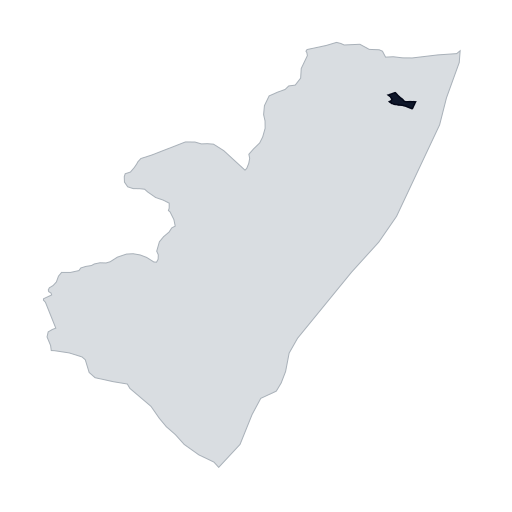 Whojah, Maryland, Liberia shown in context, rotated 267°
{"feature_id": "62588387B36010153941862", "entity_name": "Whojah", "entity_type": "district", "adm_level": 2, "iso_a3": "LBR", "parent_name": "Liberia", "parent_adm1": "Maryland", "projection": "orthographic", "projection_center": [-8.023, 4.944], "detail": "fine", "context": "in_parent", "style": "filled", "palette": "ink", "viewbox_px": 512, "rotation_deg": 267, "n_neighbors": 0, "source": "geoboundaries", "source_scale": "gbopen_adm2", "svg_char_len": 3600}
<svg xmlns="http://www.w3.org/2000/svg" viewBox="0 0 512 512"><g transform="rotate(267 256 256)"><path d="M46.9,207.7L52.4,203.2L60.4,188.5L71.6,174.4L81.9,166.1L90.2,157.5L98.9,151.0L111.3,143.3L130.4,123.1L134.9,120.8L138.0,106.7L142.9,88.9L148.4,83.3L161.3,80.1L164.3,77.0L169.0,64.4L172.0,49.8L172.3,46.6L177.4,46.2L186.1,43.1L191.1,44.5L193.3,48.8L194.4,52.3L220.8,43.3L223.1,41.4L224.5,41.7L227.8,49.9L229.7,49.4L231.3,47.1L233.0,46.8L235.1,48.0L237.1,51.8L240.5,55.3L246.2,57.7L249.8,61.0L249.3,69.9L250.7,78.4L253.2,80.4L254.5,85.5L255.1,91.2L256.5,94.1L257.4,99.8L256.9,105.9L257.9,110.1L262.1,117.5L264.7,126.8L264.7,133.4L263.1,140.4L260.3,146.7L255.4,153.6L255.0,156.3L257.9,158.1L262.3,158.5L266.0,157.1L275.3,160.3L280.2,164.8L284.5,170.5L288.4,173.3L290.1,176.9L296.7,175.9L304.5,172.5L306.0,170.9L308.3,171.8L313.3,172.1L316.8,166.0L319.6,158.9L325.6,151.2L328.5,148.3L329.3,143.4L329.7,137.0L331.8,131.5L336.7,128.5L342.1,128.6L345.0,129.7L346.4,135.0L350.7,139.1L354.3,141.8L356.3,143.0L359.4,146.2L362.2,156.9L373.6,191.5L373.0,201.0L370.8,207.3L370.7,213.4L369.9,219.4L362.9,229.3L342.3,249.5L343.9,251.3L348.8,253.6L353.8,254.8L358.0,254.2L363.1,259.2L368.7,265.6L374.5,268.9L383.0,271.8L390.4,272.1L396.8,271.0L405.7,272.3L415.2,277.5L418.5,286.2L420.8,293.8L424.1,297.6L424.6,304.1L431.3,309.9L440.9,311.0L453.4,317.8L456.6,317.4L457.9,316.6L459.5,317.8L462.6,337.3L465.1,347.6L463.8,351.8L462.1,355.1L462.0,370.8L456.4,379.9L455.5,389.8L453.9,393.0L447.8,395.8L447.8,403.5L446.2,412.7L445.6,422.4L447.3,448.0L447.6,467.0L450.3,470.6L438.6,469.1L404.0,454.5L377.3,446.2L288.2,398.4L263.4,379.3L235.0,350.7L171.7,293.2L157.3,284.0L139.1,279.5L127.9,274.5L120.0,269.2L113.6,253.3L97.9,243.8L68.7,230.2L46.9,207.7Z" fill="#d9dde1" stroke="#a8b0b8" stroke-width="1"/><path d="M401.6,423.4L401.6,422.8L401.9,421.6L401.8,420.9L401.9,419.8L402.1,417.9L402.1,416.9L402.1,416.4L402.1,415.1L402.1,414.5L402.3,413.6L402.3,413.0L402.7,412.3L403.5,411.5L404.3,411.0L405.0,410.3L405.6,409.7L405.9,409.1L406.2,408.9L406.4,408.5L406.5,408.4L406.7,408.2L407.1,407.9L407.9,407.1L408.9,406.1L410.3,405.0L411.1,404.3L411.7,403.8L411.8,403.7L411.8,403.2L411.4,401.9L411.2,401.1L411.0,400.7L410.6,399.2L410.3,398.0L409.9,397.1L409.8,396.4L409.7,396.5L409.3,397.0L408.9,397.6L408.6,397.9L408.1,398.5L407.8,398.7L406.9,399.1L406.5,399.4L406.3,399.5L405.8,399.8L405.5,400.2L405.0,399.8L404.3,399.2L403.8,398.8L403.6,398.3L403.5,398.0L403.3,397.7L403.2,397.2L402.9,397.4L402.9,397.5L402.7,397.7L402.4,398.1L402.4,398.5L402.2,398.9L401.9,398.9L401.6,399.0L401.4,399.2L401.3,399.3L401.4,399.5L401.4,399.8L401.2,400.0L401.0,400.4L401.0,400.6L400.8,400.9L400.7,401.0L400.5,401.4L400.4,401.6L400.3,401.9L400.2,402.4L400.0,402.8L400.0,403.1L400.0,403.3L400.0,403.6L399.9,404.2L399.9,404.3L399.8,404.7L399.6,405.3L399.5,405.5L399.4,405.7L399.4,405.8L399.5,405.9L399.8,406.0L399.7,406.3L399.7,406.5L399.4,406.7L399.2,406.8L399.3,407.1L399.3,407.3L399.2,407.6L399.1,407.8L399.1,408.0L399.1,408.5L399.0,408.9L398.9,409.6L398.8,409.9L398.8,410.0L398.8,410.3L398.5,411.1L398.4,411.3L398.3,411.5L398.2,411.9L398.0,412.6L397.8,413.3L397.6,413.8L397.5,414.0L397.4,414.2L397.3,414.3L397.2,414.5L397.1,414.8L396.9,415.0L396.8,415.4L396.7,415.7L396.5,416.2L396.4,416.3L396.3,416.5L396.1,416.8L396.0,417.0L395.9,417.3L395.8,417.6L395.6,418.0L395.5,418.4L395.3,418.7L395.3,418.8L395.2,419.0L395.0,419.4L394.9,419.5L395.2,420.0L395.9,420.4L396.3,420.6L396.5,420.7L397.5,421.2L398.4,421.7L399.2,422.2L399.5,422.3L400.0,422.5L400.8,423.0L401.4,423.3L401.6,423.4Z" fill="#0f172a" stroke="#020617" stroke-width="1.5"/></g></svg>